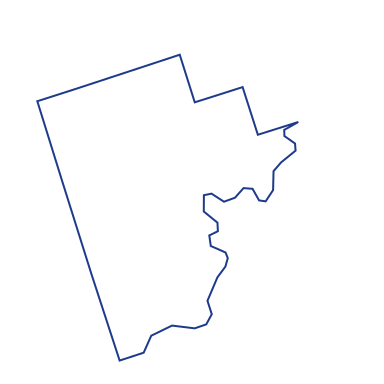 Stone, Arkansas, United States of America (orthographic projection), rotated 71°
{"feature_id": "52423323B17641695203494", "entity_name": "Stone", "entity_type": "district", "adm_level": 2, "iso_a3": "USA", "parent_name": "United States of America", "parent_adm1": "Arkansas", "projection": "orthographic", "projection_center": [-92.07, 35.919], "detail": "fine", "context": "isolated", "style": "outline", "palette": "blue", "viewbox_px": 384, "rotation_deg": 71, "n_neighbors": 0, "source": "geoboundaries", "source_scale": "gbopen_adm2", "svg_char_len": 660}
<svg xmlns="http://www.w3.org/2000/svg" viewBox="0 0 384 384"><g transform="rotate(71 192 192)"><path d="M327.8,315.3L328.2,290.0L314.6,277.3L311.8,254.4L321.8,233.8L321.8,221.6L314.0,213.1L299.9,212.8L281.0,195.8L273.4,184.7L266.2,179.7L260.1,180.0L249.2,191.8L238.7,189.8L237.5,180.3L229.3,177.9L214.3,187.2L198.9,181.8L199.9,174.1L211.6,164.9L211.4,153.2L205.1,142.0L208.7,133.7L221.8,131.3L224.8,125.4L216.6,114.7L198.8,108.1L193.0,98.1L186.6,80.6L179.7,78.8L169.2,86.4L163.3,84.6L160.4,68.7L159.3,111.1L109.3,110.0L108.1,160.2L58.2,158.9L56.7,266.9L55.8,308.7L139.0,311.2L236.6,313.8L327.8,315.3Z" fill="none" stroke="#1e3a8a" stroke-width="2"/></g></svg>